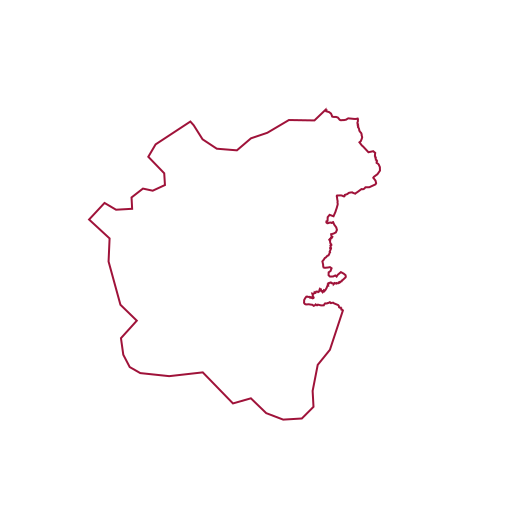 Aksy, Jalal-Abad, Kyrgyzstan, rotated 227°
{"feature_id": "92254566B91870042144057", "entity_name": "Aksy", "entity_type": "district", "adm_level": 2, "iso_a3": "KGZ", "parent_name": "Kyrgyzstan", "parent_adm1": "Jalal-Abad", "projection": "orthographic", "projection_center": [71.846, 41.557], "detail": "fine", "context": "isolated", "style": "outline", "palette": "rose", "viewbox_px": 512, "rotation_deg": 227, "n_neighbors": 0, "source": "geoboundaries", "source_scale": "gbopen_adm2", "svg_char_len": 5407}
<svg xmlns="http://www.w3.org/2000/svg" viewBox="0 0 512 512"><g transform="rotate(227 256 256)"><path d="M156.9,282.4L157.4,282.5L158.6,281.9L159.6,282.7L159.8,282.6L160.4,282.8L160.9,282.1L161.8,281.8L163.0,282.5L164.1,282.6L165.0,282.2L168.3,280.7L169.2,280.6L170.0,279.5L170.4,278.8L170.4,278.7L170.6,278.5L171.0,278.5L171.3,278.6L171.6,278.6L171.9,278.5L172.0,278.2L172.1,277.5L172.2,277.1L172.5,276.5L172.8,276.2L172.9,275.8L172.9,275.5L173.1,275.3L174.2,274.2L174.0,272.8L173.9,272.5L173.7,271.9L175.5,269.9L178.2,268.1L178.2,267.2L178.5,266.9L179.9,266.6L179.8,266.0L179.8,265.4L180.2,264.2L181.8,264.0L183.5,262.6L184.7,261.7L185.9,260.2L186.5,259.5L187.7,259.0L189.0,259.2L190.1,260.4L190.9,261.1L191.6,263.1L191.8,264.4L191.8,264.7L191.9,264.8L192.0,265.9L191.9,265.7L190.6,266.1L189.6,267.3L188.6,267.9L188.3,268.1L188.2,268.0L188.1,267.6L187.7,268.0L187.4,268.1L187.3,268.5L186.9,268.6L186.4,268.6L186.2,269.0L186.3,269.2L186.1,269.4L186.2,269.7L186.4,269.9L186.9,270.0L187.2,269.9L187.3,269.6L187.6,269.5L187.8,269.9L188.2,270.3L188.5,270.8L188.8,271.1L189.4,271.2L189.7,271.3L190.1,271.5L189.5,271.9L188.9,273.4L189.4,274.0L188.9,274.1L188.7,274.1L188.5,274.3L188.7,274.6L188.8,274.8L188.8,275.1L188.9,275.7L188.9,275.8L188.3,276.4L188.1,276.6L187.7,276.8L187.2,276.8L187.0,277.4L187.4,278.7L187.9,279.3L188.3,280.0L188.4,280.3L187.9,280.3L187.6,280.3L187.4,280.7L187.1,280.6L186.8,280.2L186.5,280.1L186.4,279.9L186.1,279.9L185.8,279.8L185.5,279.8L185.4,280.2L185.1,280.7L184.0,280.2L184.0,280.6L184.3,281.3L184.7,282.4L184.1,282.6L183.7,282.4L183.8,283.6L184.5,285.9L184.9,286.7L185.5,288.0L185.1,288.3L185.0,288.5L185.3,288.6L185.8,288.8L186.1,289.0L186.4,289.3L186.1,289.7L186.1,290.0L186.7,290.4L186.4,291.3L186.0,291.7L185.8,292.5L185.4,292.8L185.1,292.7L184.7,292.7L184.3,293.0L184.1,293.0L183.8,293.2L183.7,293.4L183.7,293.5L183.1,293.8L182.8,293.8L182.4,293.5L182.4,293.9L182.6,294.2L182.7,295.0L182.2,295.2L181.9,295.3L181.8,295.5L181.7,295.6L181.5,295.8L181.2,295.9L181.4,296.4L180.1,297.3L179.6,298.6L179.5,299.1L180.1,299.1L180.0,299.4L179.3,301.1L179.1,301.4L179.4,302.0L179.5,302.3L179.3,303.2L179.3,307.0L179.9,307.8L181.0,308.4L183.3,308.1L186.3,307.1L186.5,302.9L186.0,300.9L187.7,300.7L188.4,298.5L189.9,296.7L190.7,296.0L192.5,296.0L194.5,298.0L194.2,300.3L195.5,302.9L197.4,302.5L198.5,300.8L200.4,298.3L201.5,297.6L202.6,298.1L203.9,299.2L205.1,299.9L206.8,300.9L207.1,303.1L207.6,304.9L207.3,306.2L207.5,308.3L207.0,309.4L207.5,310.9L208.0,311.7L208.2,312.7L209.0,312.9L209.3,313.7L210.3,316.0L210.6,316.3L210.9,316.2L211.0,316.0L211.0,315.5L211.3,315.6L211.8,316.8L212.4,317.6L212.7,317.6L212.6,318.6L212.9,318.8L213.0,318.8L213.2,319.0L213.4,319.0L213.5,319.0L213.9,318.8L214.8,319.2L216.5,320.3L216.9,321.0L217.6,320.6L217.9,320.7L217.8,321.2L217.8,321.8L218.1,321.9L218.1,322.0L217.9,322.7L217.8,322.9L217.7,323.1L217.9,323.2L218.1,323.2L218.2,323.3L218.0,323.6L217.7,323.9L217.9,324.9L218.7,324.8L219.3,324.9L220.7,325.8L219.5,328.0L218.8,330.5L219.9,333.0L222.2,334.2L225.6,334.6L228.2,335.5L228.4,335.1L228.3,334.5L228.4,334.0L228.8,333.7L229.4,333.6L229.9,333.0L230.4,332.2L230.6,331.6L231.0,330.9L231.5,330.4L231.6,329.9L231.6,329.6L231.7,329.9L231.8,330.1L232.0,330.3L232.3,330.4L232.8,330.5L233.3,331.2L232.9,331.8L232.9,332.3L235.5,334.9L235.9,337.9L232.2,339.8L234.2,344.4L235.1,345.9L235.9,347.5L237.0,349.3L237.9,350.8L238.5,351.4L239.7,352.2L240.4,353.1L241.8,353.9L243.7,355.3L244.6,355.8L245.0,356.3L245.0,356.5L244.3,357.3L243.7,357.9L243.2,358.6L242.6,359.2L241.9,359.9L240.3,360.6L239.5,361.0L239.4,361.5L239.7,362.0L240.1,362.6L239.0,365.0L238.9,366.9L238.0,368.4L236.9,369.8L236.2,369.9L233.9,371.1L233.9,372.1L233.6,373.6L233.0,378.8L231.9,379.7L231.4,381.1L231.6,382.9L229.0,385.8L226.9,392.2L227.3,393.5L229.6,394.8L233.2,395.1L233.5,396.2L233.0,400.7L233.9,404.9L236.5,407.2L239.1,408.1L240.0,408.2L240.8,408.0L241.3,407.9L241.8,407.7L242.1,407.9L242.7,408.6L242.9,409.3L243.2,409.4L243.7,409.4L244.2,409.6L244.7,409.3L245.2,409.8L245.6,410.0L246.5,410.3L246.7,410.5L246.6,410.8L246.9,410.9L247.3,410.9L247.6,411.1L247.9,411.1L248.2,411.5L248.5,411.6L250.1,413.5L252.7,413.2L255.2,409.0L263.0,409.0L264.6,408.8L266.7,409.0L268.6,409.2L268.5,410.9L269.6,413.3L270.4,414.6L271.4,415.2L272.3,415.6L273.0,416.3L274.3,416.8L275.6,416.8L277.0,417.0L277.3,417.1L277.5,417.3L278.0,417.6L278.5,417.9L278.8,418.1L279.7,418.4L280.4,418.4L280.9,418.6L281.2,419.4L281.9,419.4L282.2,419.5L282.5,420.1L282.7,420.4L283.1,420.2L283.3,420.3L283.4,420.5L284.0,420.8L284.5,421.3L284.7,421.8L285.2,422.6L285.7,423.0L286.1,423.3L286.5,423.9L287.2,424.1L288.1,422.5L289.5,421.1L290.3,420.4L293.7,417.4L294.0,416.6L294.2,415.0L295.4,413.0L296.1,412.3L296.8,411.4L297.6,410.5L298.5,410.1L301.4,410.3L303.1,409.4L304.3,408.1L305.3,407.2L306.1,406.8L306.8,407.2L309.0,408.0L311.4,407.6L313.9,406.1L314.6,406.9L315.2,406.2L315.5,406.5L315.3,391.2L333.0,372.8L338.4,348.3L345.5,332.6L346.3,314.1L361.2,300.5L377.8,296.5L394.1,299.6L399.1,299.7L406.1,258.7L402.0,244.9L379.1,245.3L370.0,237.8L374.2,225.0L382.4,219.3L383.7,204.9L375.0,197.6L385.3,185.2L398.1,181.4L396.5,158.8L368.7,160.9L352.5,144.4L312.8,123.6L290.0,124.7L288.0,101.2L274.3,91.6L260.9,87.9L249.3,91.5L227.3,110.6L207.2,137.7L163.9,138.6L155.4,155.2L134.1,156.3L117.8,164.3L105.9,178.7L106.5,195.2L118.7,205.4L134.3,226.9L137.0,246.1L156.9,282.4Z" fill="none" stroke="#9f1239" stroke-width="2"/></g></svg>